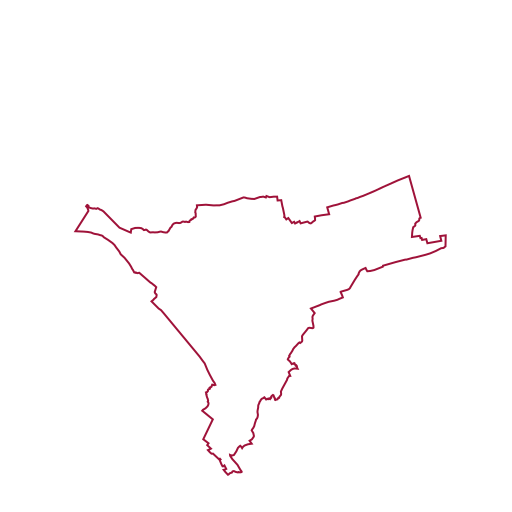 Valea Mare, Dâmbovita, Romania, rotated 228°
{"feature_id": "2599482B24926147776787", "entity_name": "Valea Mare", "entity_type": "district", "adm_level": 2, "iso_a3": "ROU", "parent_name": "Romania", "parent_adm1": "Dâmbovita", "projection": "robinson", "projection_center": [25.228, 44.784], "detail": "fine", "context": "isolated", "style": "outline", "palette": "rose", "viewbox_px": 512, "rotation_deg": 228, "n_neighbors": 0, "source": "geoboundaries", "source_scale": "gbopen_adm2", "svg_char_len": 6105}
<svg xmlns="http://www.w3.org/2000/svg" viewBox="0 0 512 512"><g transform="rotate(228 256 256)"><path d="M395.2,138.4L389.3,144.4L386.4,147.1L383.7,149.2L381.7,150.1L380.4,150.9L377.8,153.0L375.7,154.2L374.6,155.0L373.6,155.4L371.6,155.5L367.1,156.8L361.7,158.0L358.8,158.2L356.0,157.8L350.8,157.4L347.8,156.6L342.7,157.1L335.4,156.7L331.6,156.0L329.1,155.3L327.9,155.2L325.3,154.5L324.2,155.2L324.4,155.5L324.2,155.7L322.9,156.2L322.5,156.5L321.7,158.0L306.7,159.8L306.1,160.1L301.4,160.9L299.6,161.0L297.0,156.6L295.6,156.1L294.3,156.3L293.5,156.1L292.2,154.4L292.3,151.3L292.1,150.5L292.2,148.0L282.1,148.5L279.3,149.2L275.0,149.1L219.0,146.8L214.4,146.3L210.5,146.0L204.1,143.7L198.8,142.2L192.2,140.6L189.5,140.3L187.4,139.6L187.8,138.7L188.2,138.3L189.7,137.4L189.6,137.1L189.3,136.9L189.1,136.1L188.8,135.8L188.6,135.4L188.7,134.9L189.1,134.2L189.0,133.8L189.1,133.3L188.2,133.0L188.2,132.8L188.3,132.3L188.7,131.7L188.8,131.2L188.7,130.7L188.4,130.4L188.0,130.2L187.8,129.9L187.8,129.1L187.6,128.8L187.6,128.4L188.0,127.9L188.1,127.6L187.4,127.4L186.9,126.6L185.8,126.4L185.7,126.1L185.5,125.9L183.1,124.8L182.5,124.7L180.5,123.6L180.2,123.2L180.0,122.6L178.9,122.5L178.0,121.9L177.2,120.7L176.7,119.3L176.6,116.5L177.2,113.7L177.0,112.5L163.5,114.6L155.1,94.2L148.6,95.4L148.1,93.2L143.0,93.6L143.3,92.3L143.9,90.4L143.6,90.4L141.2,90.4L139.2,90.6L138.7,90.8L137.9,91.8L129.6,92.5L129.5,93.5L128.6,93.5L128.7,92.5L124.2,90.9L122.1,90.4L121.6,90.9L121.5,92.4L117.7,91.4L118.1,90.0L118.7,88.9L116.3,88.7L112.2,88.8L112.0,89.7L112.1,91.1L111.2,93.2L111.6,94.2L111.4,95.1L110.7,95.8L109.2,96.4L107.4,97.6L107.1,98.0L107.2,98.4L107.1,98.5L106.0,99.2L105.5,99.9L105.1,100.7L105.4,101.1L107.6,101.3L113.2,102.5L121.0,102.5L124.8,103.1L125.5,103.6L125.0,103.8L123.6,104.9L122.9,106.5L124.0,110.7L125.5,114.2L125.6,116.0L125.5,117.3L124.3,117.4L122.5,117.1L122.8,118.1L122.9,119.1L122.8,120.7L121.5,124.0L119.4,127.2L123.0,127.6L122.5,130.3L123.2,133.3L123.6,134.0L126.2,135.5L129.3,136.1L129.7,137.1L130.0,138.7L130.7,140.7L132.5,143.4L133.9,145.9L134.4,146.5L134.6,148.1L135.3,149.5L136.6,151.1L139.2,152.8L140.2,153.9L142.0,156.3L143.1,157.3L143.7,158.1L144.5,160.0L145.1,160.7L145.2,161.7L145.6,162.5L146.0,164.3L145.9,165.2L145.4,166.6L145.5,167.3L145.4,167.7L142.6,167.5L142.4,168.0L142.4,168.6L141.8,169.0L142.0,169.3L141.9,169.7L141.1,169.9L141.0,170.1L140.8,170.3L141.1,170.9L140.8,171.1L140.3,171.0L140.5,172.5L140.9,172.6L141.3,173.1L141.5,174.1L141.4,175.6L140.8,175.8L139.8,175.4L139.4,175.0L138.8,175.1L137.2,174.7L137.3,174.4L136.2,173.9L136.0,174.0L135.9,174.7L135.7,174.9L135.5,175.3L135.1,176.1L135.4,176.6L135.6,177.5L135.1,178.3L135.7,179.1L135.9,180.7L136.1,181.7L136.8,182.5L138.6,183.8L139.9,186.8L143.2,196.2L144.0,197.3L144.7,200.2L144.0,201.2L147.9,202.6L147.9,205.9L147.6,207.5L147.0,208.7L146.4,209.7L144.4,211.5L145.5,211.8L146.7,212.6L147.3,212.8L148.0,212.8L148.1,212.1L150.5,212.8L150.6,212.0L151.2,212.0L151.7,210.2L154.9,210.7L157.6,210.4L158.0,210.5L158.6,212.2L158.7,213.6L158.9,213.7L159.6,213.8L159.9,214.8L160.2,215.3L160.5,217.0L161.4,220.1L161.9,221.1L162.4,223.6L162.4,225.3L162.8,229.2L162.7,230.4L161.8,230.6L161.7,231.6L161.7,233.0L162.2,233.8L165.6,236.5L165.7,236.8L166.1,238.1L167.0,244.0L167.4,246.0L167.5,246.5L167.2,247.2L166.9,247.7L164.6,249.6L164.3,250.2L164.3,250.8L165.7,252.0L170.2,254.6L171.5,256.1L172.9,257.1L173.5,258.1L173.8,259.1L174.3,261.4L180.2,261.7L176.5,271.4L176.5,271.8L174.6,276.4L173.3,279.4L170.4,284.3L169.0,287.2L168.4,289.2L167.1,292.8L169.2,293.7L172.7,294.8L172.7,295.2L169.8,301.1L169.3,302.6L169.2,303.6L169.4,304.8L169.6,305.1L172.2,313.6L173.3,317.8L173.7,319.9L174.3,320.5L174.7,321.4L175.2,322.7L175.3,324.1L174.9,326.0L173.8,329.4L172.2,328.9L170.2,328.5L168.4,330.9L166.4,334.5L163.2,343.1L163.8,343.9L158.0,355.8L153.5,364.4L152.6,365.5L149.7,371.3L148.1,373.9L143.3,383.1L141.4,387.2L139.4,393.0L137.9,398.8L136.5,400.8L136.4,403.3L144.4,410.8L147.6,406.2L143.3,403.9L150.8,391.9L154.6,393.8L156.8,390.2L158.6,391.1L159.2,390.2L161.4,391.2L165.8,384.6L169.0,387.9L170.5,389.7L172.2,392.1L172.0,394.3L172.1,394.8L172.3,395.0L173.5,396.0L173.7,397.9L173.2,400.3L173.3,401.0L173.7,401.6L174.5,402.4L174.6,402.8L174.5,403.6L174.3,404.0L213.1,423.3L217.3,411.9L222.2,396.8L225.0,387.5L229.1,375.6L229.3,375.2L230.4,372.6L231.1,370.4L232.0,368.8L232.2,367.9L234.2,363.2L234.9,361.1L236.8,356.8L237.7,355.6L239.5,351.4L240.7,349.1L241.7,347.4L244.5,341.5L238.1,338.3L242.4,332.0L246.0,326.1L244.3,324.9L243.1,323.9L243.1,323.1L243.4,321.6L243.4,320.1L243.5,318.8L243.8,318.3L244.8,317.7L247.0,317.4L247.2,317.2L250.4,311.0L252.8,311.7L252.9,310.9L253.6,308.9L253.4,308.8L254.0,306.8L255.9,307.2L256.5,304.7L262.6,305.4L262.9,303.0L265.4,303.3L266.1,303.0L266.7,303.9L268.0,304.8L273.5,308.0L275.5,309.0L280.6,312.1L282.8,309.2L286.0,311.4L288.2,308.9L290.0,306.3L290.7,305.4L293.6,303.9L292.9,302.5L295.3,301.1L296.3,299.5L297.2,298.4L299.5,292.9L301.6,290.8L304.9,288.0L306.8,286.9L307.9,285.9L311.3,276.9L312.5,274.9L314.5,270.6L315.9,266.8L318.0,262.9L322.2,258.1L327.6,253.1L333.2,246.0L331.7,244.9L331.1,243.6L330.8,242.1L330.3,241.4L329.0,240.0L328.2,239.8L325.6,237.6L325.5,236.6L325.8,235.9L326.3,235.5L326.2,234.9L325.9,234.4L325.9,233.8L326.1,233.1L326.6,232.7L326.6,232.3L326.3,231.9L326.6,230.4L326.3,229.6L325.9,229.2L326.7,228.1L328.4,227.0L328.8,226.0L329.8,225.4L330.6,224.6L330.8,224.1L331.0,222.6L331.3,221.7L331.9,220.9L333.8,219.2L334.5,218.1L335.1,216.6L335.1,215.6L335.0,214.7L334.2,212.6L334.3,211.4L333.0,207.4L333.2,207.1L333.2,206.8L333.0,205.7L333.8,204.6L335.9,202.9L337.7,201.8L338.3,201.0L339.5,198.7L341.4,196.4L342.6,195.3L344.3,193.1L346.0,192.5L348.3,192.3L349.3,191.9L349.7,190.8L350.3,190.0L351.8,189.9L353.4,189.4L355.2,187.9L357.7,185.0L359.4,181.3L357.2,178.6L359.1,177.7L368.4,173.5L391.2,172.5L393.5,171.9L394.1,171.6L394.6,171.2L396.6,170.7L397.5,170.3L397.9,168.9L399.6,167.7L400.3,166.6L402.3,165.2L404.3,164.2L404.9,164.4L405.2,165.0L406.7,164.9L406.9,164.4L406.6,163.0L404.8,163.0L402.4,162.1L401.6,161.5L395.2,138.4Z" fill="none" stroke="#9f1239" stroke-width="2"/></g></svg>